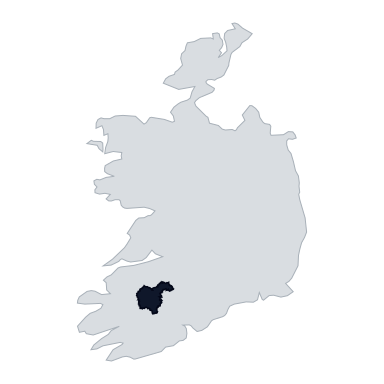 Kanturk Lea-4, Cork, Ireland shown in context
{"feature_id": "5873133B26556088806881", "entity_name": "Kanturk Lea-4", "entity_type": "district", "adm_level": 2, "iso_a3": "IRL", "parent_name": "Ireland", "parent_adm1": "Cork", "projection": "orthographic", "projection_center": [-8.958, 52.204], "detail": "fine", "context": "in_parent", "style": "filled", "palette": "ink", "viewbox_px": 384, "rotation_deg": 0, "n_neighbors": 0, "source": "geoboundaries", "source_scale": "gbopen_adm2", "svg_char_len": 8749}
<svg xmlns="http://www.w3.org/2000/svg" viewBox="0 0 384 384"><path d="M239.8,46.6L232.1,52.4L230.9,54.5L228.9,63.1L228.7,65.5L223.9,75.0L221.2,77.0L217.0,78.6L214.7,80.2L211.7,79.5L207.9,79.7L206.0,81.4L206.1,82.7L207.3,84.1L214.4,88.4L214.0,90.2L212.1,92.3L199.5,97.6L195.8,100.7L194.5,102.7L195.9,106.1L206.1,116.2L207.9,117.3L209.5,123.2L218.4,125.5L222.2,129.1L225.3,130.0L232.2,129.5L235.0,130.8L236.5,129.7L237.4,127.8L244.9,120.4L242.3,115.0L249.8,105.6L251.9,105.7L255.6,108.4L258.7,112.2L259.8,117.4L262.8,122.0L264.7,123.6L269.6,124.4L270.8,126.2L270.2,133.1L271.0,135.3L283.5,134.7L288.4,131.6L292.8,131.9L295.1,134.9L296.2,138.0L292.5,139.3L288.5,138.8L286.7,140.9L286.7,144.9L288.2,150.0L291.0,153.5L293.4,161.6L295.5,170.7L298.4,176.0L299.3,182.8L299.0,186.2L299.7,192.2L298.7,194.3L299.8,199.9L305.1,217.9L306.6,232.1L304.5,237.5L301.6,242.7L299.9,248.8L298.5,255.3L298.0,265.8L291.7,278.2L288.9,281.4L285.6,283.4L293.2,291.7L287.4,295.7L280.9,297.1L273.6,295.2L269.1,295.6L263.5,300.2L262.2,299.4L259.3,292.5L257.5,299.8L253.4,302.2L246.2,301.9L234.3,304.1L229.7,306.2L227.9,309.5L226.5,313.3L224.7,315.5L222.6,316.7L213.4,319.6L211.6,320.7L207.4,326.8L201.8,330.4L197.1,331.5L192.9,328.0L191.2,325.9L189.3,324.9L182.9,325.1L184.9,326.2L186.3,328.6L186.9,333.4L186.2,338.0L183.1,340.4L179.4,340.9L173.4,345.7L165.6,347.1L161.3,351.5L135.3,359.0L133.8,359.1L130.2,357.2L126.3,356.3L122.5,356.9L111.5,361.0L106.2,360.1L113.1,349.7L122.1,344.5L123.1,343.1L120.1,342.4L103.0,345.8L96.9,348.9L91.0,349.7L93.8,345.0L101.6,338.6L108.3,334.4L111.2,330.6L119.3,326.3L93.2,335.0L86.3,333.7L84.8,331.2L79.4,332.3L77.5,326.2L85.6,317.2L90.2,313.3L95.7,311.3L100.9,308.3L102.9,304.6L100.5,303.4L84.8,304.1L77.4,303.1L77.8,300.2L79.3,296.9L87.1,291.4L91.3,290.6L95.0,291.2L101.6,294.6L110.4,293.7L106.7,290.0L106.2,282.7L103.4,280.2L107.0,276.9L111.2,274.9L118.0,268.0L120.5,267.0L133.9,265.4L148.4,261.7L162.7,256.7L155.4,253.8L151.9,250.1L146.2,257.6L142.1,260.5L130.6,262.0L127.0,261.1L121.9,258.8L120.3,259.6L118.8,261.4L111.1,265.1L103.1,265.9L112.5,259.2L124.4,247.8L127.0,244.1L130.8,237.8L129.6,235.0L127.2,233.4L135.8,220.4L138.8,218.0L144.2,217.7L148.2,215.6L150.0,215.6L151.5,214.8L155.0,210.9L149.6,208.5L144.1,207.2L127.0,208.4L124.7,208.1L122.6,206.9L121.2,205.2L120.2,200.7L119.0,199.7L115.1,199.7L111.3,201.0L108.7,200.9L106.1,198.9L110.3,194.4L104.9,193.3L99.5,194.1L95.0,192.7L94.9,189.8L97.0,187.0L94.4,184.3L93.9,180.9L96.8,179.3L99.9,179.9L106.2,177.4L114.3,176.3L107.4,173.7L104.7,171.6L104.6,168.3L105.2,165.6L113.3,161.0L121.8,159.0L121.2,155.9L121.8,152.5L113.2,151.5L104.7,153.7L105.7,147.3L107.8,141.6L108.2,137.8L107.9,133.7L103.9,135.4L103.5,129.6L101.9,125.7L96.0,128.3L96.2,123.1L98.0,119.5L101.0,117.9L104.1,118.7L109.7,118.7L115.2,116.0L123.0,115.4L135.5,116.3L144.0,124.1L146.3,122.7L149.7,117.8L151.3,117.3L164.3,119.4L172.3,122.2L174.5,121.3L173.3,115.9L170.5,112.2L173.9,107.2L178.1,103.9L180.9,102.2L187.4,100.1L190.2,98.1L192.0,91.8L194.9,86.5L178.7,89.4L163.3,83.2L165.7,78.8L169.0,76.3L174.5,74.4L175.1,72.1L177.9,70.1L182.5,65.1L180.7,58.5L181.6,53.8L185.0,50.6L186.0,46.1L187.4,42.8L194.2,41.6L200.7,38.4L210.7,37.9L213.3,39.0L212.6,33.6L217.3,32.9L219.2,33.9L220.1,37.7L222.3,40.1L223.0,44.4L221.6,47.7L219.3,50.3L221.5,52.8L218.2,57.6L221.9,55.5L227.0,50.8L226.7,47.1L225.7,42.4L224.1,38.2L224.7,33.5L227.6,30.5L235.3,28.8L232.0,23.6L234.8,23.0L237.9,24.1L242.5,28.1L252.2,33.7L247.7,39.0L242.0,42.7L239.8,46.6ZM103.0,149.4L102.8,151.9L99.0,148.7L97.2,145.3L86.9,143.6L91.3,140.3L93.4,141.3L100.7,141.5L102.7,143.0L103.0,149.4Z" fill="#d9dde1" stroke="#a8b0b8" stroke-width="1"/><path d="M157.1,312.8L157.2,312.5L157.2,312.3L157.4,311.8L157.1,311.8L156.9,311.0L157.0,309.9L156.4,309.1L156.9,308.0L157.0,308.2L157.4,307.9L157.4,307.7L157.4,307.3L157.7,307.1L157.7,306.9L157.9,307.1L158.0,307.0L158.3,307.0L158.3,306.6L158.5,305.8L159.3,305.9L159.5,306.0L159.9,306.1L160.0,306.0L160.2,305.3L160.3,304.7L160.2,304.1L160.2,303.6L160.4,303.5L160.8,303.5L161.0,303.3L160.9,303.3L160.9,303.2L160.9,302.8L161.0,302.7L160.8,302.4L160.8,302.2L161.2,302.1L161.6,301.9L161.5,301.4L161.2,301.4L161.3,301.1L161.1,300.9L161.2,300.5L161.1,300.4L161.7,300.3L161.5,300.1L161.4,299.9L161.3,300.0L161.1,299.9L160.9,300.1L160.5,300.1L160.3,300.0L160.3,299.8L160.0,299.8L159.8,300.3L159.7,300.3L159.6,300.1L159.6,299.9L159.6,299.6L159.8,299.5L159.9,299.4L159.9,298.9L159.9,298.7L160.1,298.5L159.8,297.8L160.6,297.7L160.4,297.3L159.9,297.3L159.6,296.9L159.2,296.7L159.7,296.5L159.9,296.6L160.2,296.5L160.5,296.7L161.3,296.9L161.7,297.0L161.6,296.7L161.6,296.3L161.6,296.1L161.4,296.0L161.4,295.7L161.1,295.4L161.0,295.0L160.9,294.8L161.0,294.8L160.4,294.6L160.4,294.2L160.2,294.1L159.9,293.5L160.6,293.4L160.6,292.5L161.0,292.4L161.4,292.2L161.5,292.2L161.7,292.5L161.9,292.6L162.0,292.4L161.9,292.3L162.0,292.1L162.4,291.9L162.2,291.6L162.2,291.2L162.2,290.9L162.3,290.9L162.3,290.7L162.7,290.6L162.8,290.3L162.8,290.0L163.1,289.5L163.7,289.5L163.9,289.8L164.7,289.5L165.4,288.8L165.9,288.7L166.3,289.6L166.4,290.0L166.3,290.3L166.6,290.2L167.0,289.8L167.4,290.1L167.5,289.9L167.8,289.6L168.1,289.4L168.1,289.5L168.3,289.7L168.3,289.8L168.4,290.0L168.8,290.5L169.0,290.4L169.6,291.1L170.3,290.8L170.3,290.5L170.5,290.3L171.0,290.5L171.3,290.2L171.4,289.8L171.8,289.5L171.9,289.3L172.1,289.3L172.4,289.5L172.5,289.7L173.3,289.3L173.5,289.0L173.3,288.9L173.0,288.3L172.6,287.9L172.5,287.6L172.4,287.7L172.1,287.2L172.0,286.9L172.2,286.7L172.0,286.4L171.8,286.4L171.6,286.1L171.3,286.3L171.2,286.2L171.2,285.9L171.3,285.8L171.2,285.7L170.8,285.7L170.5,285.4L170.3,285.6L170.2,285.3L169.7,285.4L169.6,285.2L169.2,285.1L169.2,284.8L169.2,284.4L168.9,284.4L168.6,283.6L168.7,283.2L168.6,282.8L168.7,282.5L168.7,282.3L167.7,282.7L167.2,282.8L166.9,283.0L166.7,282.8L166.4,283.1L165.9,283.4L165.7,283.3L165.4,283.4L164.7,283.0L164.6,282.7L164.1,282.8L163.9,282.6L163.9,282.4L162.9,282.0L162.6,282.8L162.6,283.2L162.3,283.3L161.9,282.6L161.9,282.0L161.8,281.9L161.7,282.1L160.7,282.4L160.7,282.6L160.4,282.9L160.5,283.1L160.4,283.2L160.4,283.4L160.2,283.4L160.1,283.5L159.9,283.4L159.5,283.4L159.3,283.5L159.2,283.7L159.3,284.0L159.2,284.5L158.5,284.9L158.4,285.3L158.1,285.2L158.0,284.9L157.9,284.9L157.8,285.2L157.6,285.6L157.6,286.1L157.2,286.3L157.3,286.4L157.6,286.8L156.8,286.9L156.1,287.4L155.6,287.4L153.4,287.9L153.2,288.1L152.1,288.6L152.1,288.8L152.1,289.2L152.4,289.6L152.5,289.9L152.7,290.2L152.0,290.2L151.7,290.0L151.6,289.6L151.1,288.9L150.7,288.6L150.4,288.5L150.2,288.3L150.2,288.0L149.6,287.6L148.9,287.8L148.6,287.5L148.3,287.5L147.9,287.2L147.6,286.8L147.4,286.9L146.2,286.7L145.9,286.8L145.4,286.7L145.0,286.3L144.3,285.9L144.1,285.7L144.0,285.9L144.0,286.4L144.0,286.6L143.4,286.8L143.1,287.1L142.9,287.2L142.9,287.7L142.8,287.8L142.1,287.9L142.1,288.3L142.1,288.5L141.1,288.8L140.5,288.9L140.2,289.0L139.9,289.6L139.8,289.9L140.2,290.4L140.0,291.0L139.9,291.1L139.5,291.1L138.2,291.4L138.1,291.7L138.3,292.4L138.2,292.6L136.8,293.5L137.0,293.9L136.8,295.1L136.8,295.5L136.7,295.6L137.0,295.9L137.2,296.4L137.3,296.6L137.4,296.8L137.3,297.0L137.7,297.2L138.0,297.7L138.0,298.1L138.1,298.3L138.2,298.7L138.3,298.8L138.2,298.9L138.1,299.1L138.1,299.3L138.2,299.5L138.3,299.6L138.2,299.7L138.3,299.7L138.4,299.8L139.0,300.2L138.9,300.5L139.0,300.5L138.8,300.8L138.9,301.0L139.1,301.1L139.0,301.3L139.0,301.2L139.0,301.3L139.0,301.5L138.8,301.6L138.9,301.8L138.8,302.1L138.7,302.2L138.7,302.3L138.8,302.3L138.7,302.4L138.7,302.5L138.6,302.9L138.9,303.1L138.8,303.3L138.7,303.4L138.9,303.6L139.0,303.6L139.0,303.8L139.0,304.1L139.3,304.2L139.2,304.2L139.2,304.4L139.3,304.5L139.2,304.7L139.3,304.7L139.1,304.8L139.3,304.9L139.2,305.0L139.3,305.1L139.4,305.3L139.5,305.4L139.6,305.7L139.8,305.8L139.7,305.9L140.1,306.0L140.1,306.4L140.1,306.5L140.2,306.8L140.1,307.0L140.3,307.1L140.2,307.3L140.3,307.5L140.6,307.8L140.4,308.0L140.8,308.1L140.9,308.3L141.0,308.3L141.2,308.5L141.3,308.5L141.3,308.4L141.1,308.4L141.3,308.2L141.5,308.4L141.8,308.5L141.8,308.4L142.1,308.4L142.1,308.2L142.3,308.2L142.2,308.3L142.3,308.2L142.5,308.3L142.6,308.5L142.8,308.2L143.2,308.3L143.6,308.1L143.9,308.2L144.1,307.8L144.4,307.9L144.6,308.1L144.8,307.7L145.4,307.6L145.6,307.3L146.2,307.2L146.5,307.3L146.8,307.4L146.9,307.6L147.1,307.7L147.3,308.0L147.6,308.5L147.7,308.4L147.8,308.3L148.3,308.3L148.6,308.3L148.8,308.6L149.2,308.7L149.4,308.6L149.5,308.5L149.9,308.7L150.2,309.0L150.4,309.0L149.9,309.2L149.8,309.4L150.0,310.2L150.5,310.4L151.2,310.4L151.2,310.5L151.5,310.7L151.8,310.7L151.9,310.8L152.2,311.5L152.2,312.7L152.4,313.3L152.7,313.8L153.3,313.5L153.9,313.8L154.5,313.2L155.6,313.2L155.5,312.8L155.6,312.7L156.2,312.4L156.3,312.4L156.4,313.1L157.1,312.8Z" fill="#0f172a" stroke="#020617" stroke-width="1.5"/></svg>